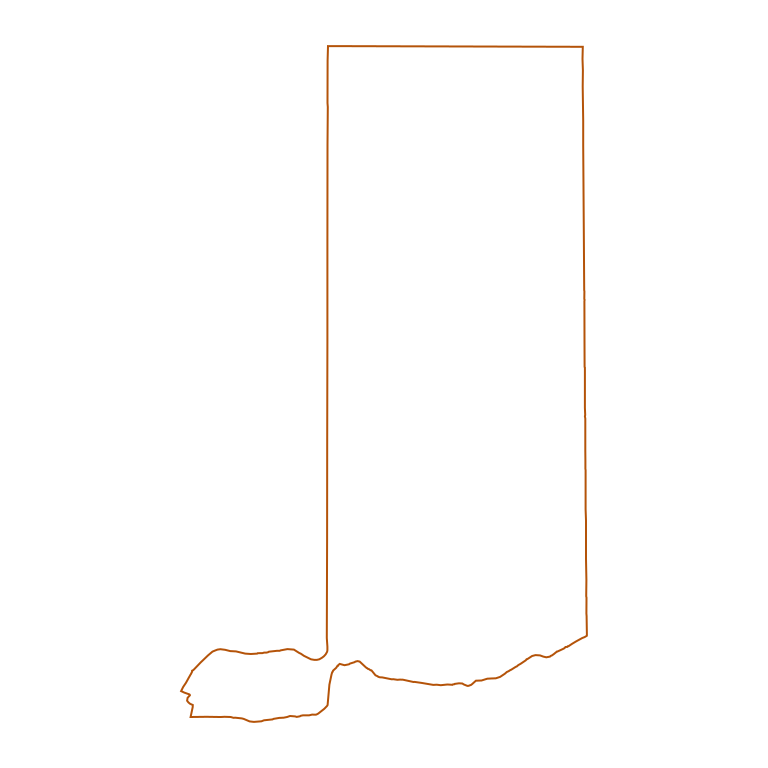 Flores, Petén, Guatemala
{"feature_id": "79465075B29101343458737", "entity_name": "Flores", "entity_type": "district", "adm_level": 2, "iso_a3": "GTM", "parent_name": "Guatemala", "parent_adm1": "Petén", "projection": "orthographic", "projection_center": [-89.621, 17.359], "detail": "fine", "context": "isolated", "style": "outline", "palette": "amber", "viewbox_px": 768, "rotation_deg": 0, "n_neighbors": 0, "source": "geoboundaries", "source_scale": "gbopen_adm2", "svg_char_len": 2905}
<svg xmlns="http://www.w3.org/2000/svg" viewBox="0 0 768 768"><path d="M586.8,635.8L586.9,635.2L586.6,616.1L586.4,613.6L586.5,597.6L586.2,596.3L586.4,580.0L586.0,558.8L586.0,520.5L585.6,509.2L585.6,470.1L585.4,468.8L585.4,460.6L585.3,450.3L585.3,418.6L584.9,416.2L585.2,415.1L584.9,407.9L584.9,367.5L584.6,367.0L584.5,341.7L584.4,301.1L584.6,299.8L584.3,299.1L584.4,291.2L584.2,290.3L583.9,243.6L583.2,145.4L583.2,120.9L582.7,86.4L582.9,70.4L582.5,58.9L582.8,46.8L328.0,46.1L327.6,60.5L327.5,103.1L327.8,107.0L327.5,145.0L327.4,243.6L327.4,342.2L327.2,440.8L327.1,539.4L326.8,638.0L327.4,646.7L327.4,650.3L327.1,651.8L325.7,654.3L323.9,656.3L321.9,657.8L319.3,659.3L316.7,659.9L314.5,659.9L311.0,659.3L303.9,655.8L301.0,653.8L299.1,652.9L293.9,649.6L287.4,649.1L280.5,650.4L279.7,650.8L277.0,650.8L268.9,651.7L268.1,652.2L266.5,652.6L264.1,652.6L262.5,653.1L257.7,653.2L257.2,653.6L250.9,654.0L245.2,653.6L236.0,651.4L230.3,651.1L225.1,649.8L220.4,649.2L217.5,649.6L215.4,650.4L212.5,651.6L208.6,654.9L207.9,655.5L202.5,660.7L200.8,662.3L194.3,669.1L193.3,670.1L192.1,670.7L192.1,671.7L190.9,674.1L190.3,675.0L189.6,676.3L189.0,677.3L187.8,679.5L185.9,682.9L183.2,686.9L181.1,691.1L182.6,691.8L184.3,692.6L189.4,694.4L189.8,694.8L189.9,695.3L187.6,697.8L187.1,700.7L188.4,702.4L190.1,703.8L192.8,705.0L192.7,707.1L191.7,711.8L190.6,717.0L206.5,716.8L219.7,717.0L220.9,717.0L224.5,716.8L230.7,717.0L233.5,717.8L235.3,717.7L241.8,718.4L243.7,718.9L249.6,721.4L253.9,721.9L261.4,721.3L264.0,720.3L272.6,719.4L273.4,718.9L279.3,717.9L283.6,717.7L287.1,717.0L290.0,716.0L295.1,716.4L296.7,716.9L299.9,716.3L300.7,715.8L303.1,715.3L309.2,715.3L312.1,714.6L315.8,714.7L316.7,714.4L318.2,713.6L324.3,708.8L327.0,706.0L327.6,705.0L329.4,684.6L331.5,674.6L332.2,672.2L332.7,671.8L333.1,670.6L336.2,667.8L337.5,665.8L338.1,665.7L338.2,665.2L339.7,663.9L344.5,665.2L349.0,664.3L349.9,663.6L354.5,662.2L355.4,661.6L357.6,661.1L359.7,661.6L365.7,667.2L366.8,668.1L367.3,668.2L367.8,668.8L368.9,669.1L370.6,670.3L371.4,670.3L375.5,675.3L377.9,676.4L378.2,676.8L379.9,677.3L382.2,677.4L391.7,679.3L393.3,679.2L397.4,679.8L399.9,679.6L402.9,679.7L413.5,682.0L414.5,681.9L421.5,682.9L433.3,684.9L436.7,684.7L440.8,685.2L447.4,684.5L452.5,684.8L452.9,684.4L454.5,684.2L454.7,683.9L459.0,683.3L462.3,683.5L463.9,684.5L467.4,685.9L468.8,685.8L469.3,685.5L470.9,685.0L472.0,684.2L475.9,680.7L481.5,680.5L487.3,678.7L490.9,678.5L495.8,678.3L500.1,676.9L504.9,673.7L506.8,672.0L508.6,671.2L510.6,669.9L511.1,669.8L515.8,666.8L516.7,666.5L518.3,665.1L520.6,663.8L525.8,660.3L526.6,659.2L527.2,659.2L532.1,656.0L535.5,655.1L540.0,655.4L543.3,656.6L546.3,657.3L550.0,656.6L550.7,655.9L551.8,655.5L553.8,654.1L557.0,651.5L557.3,651.6L562.9,649.0L564.4,648.2L565.5,647.0L567.3,646.9L567.9,646.2L568.5,646.2L572.1,643.8L576.1,641.4L579.2,639.7L582.3,638.0L584.6,637.1L586.8,635.8Z" fill="none" stroke="#b45309" stroke-width="2"/></svg>